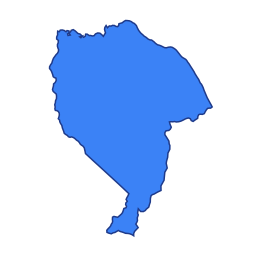 Trairi, Ceará, Brazil, rotated 4°
{"feature_id": "56859067B38979206613098", "entity_name": "Trairi", "entity_type": "district", "adm_level": 2, "iso_a3": "BRA", "parent_name": "Brazil", "parent_adm1": "Ceará", "projection": "robinson", "projection_center": [-39.362, -3.377], "detail": "fine", "context": "isolated", "style": "filled", "palette": "blue", "viewbox_px": 256, "rotation_deg": 4, "n_neighbors": 0, "source": "geoboundaries", "source_scale": "gbopen_adm2", "svg_char_len": 3597}
<svg xmlns="http://www.w3.org/2000/svg" viewBox="0 0 256 256"><g transform="rotate(4 128 128)"><path d="M75.9,39.5L73.8,37.7L71.3,37.1L69.9,35.9L68.5,34.8L66.5,33.7L64.6,34.5L64.0,36.0L62.5,37.3L62.3,35.3L60.4,35.1L59.4,36.3L57.6,35.2L55.6,34.8L53.6,35.1L52.8,36.7L51.1,36.3L51.1,38.1L51.3,39.9L50.5,42.2L50.6,44.2L52.4,45.5L52.4,48.1L51.8,49.5L51.9,51.4L52.6,53.3L53.3,54.7L53.2,56.6L52.4,58.4L51.1,59.9L50.0,61.7L48.8,63.6L48.0,66.1L47.5,68.5L46.4,70.3L45.5,72.4L45.6,74.2L47.0,75.7L47.8,77.0L48.4,78.3L49.1,79.9L49.8,82.0L51.1,82.9L52.6,83.2L53.1,85.4L52.2,87.7L50.7,89.2L50.7,91.2L50.4,92.8L50.0,94.9L50.8,96.7L52.4,97.9L54.1,99.2L54.5,101.2L54.6,103.7L53.8,105.9L53.8,107.7L53.3,109.9L53.9,112.2L53.7,114.0L54.3,115.5L56.0,115.7L57.3,116.4L58.3,117.8L58.6,119.8L58.3,121.8L57.8,123.6L59.2,124.9L59.5,126.5L60.5,128.3L61.8,130.0L62.6,132.7L63.9,135.4L64.8,137.8L66.5,138.9L68.1,139.7L69.2,140.9L70.8,141.3L72.3,140.8L73.8,141.2L75.1,141.8L76.2,142.6L77.5,143.7L79.2,144.6L80.4,145.8L81.6,147.5L82.7,148.3L84.2,149.1L85.7,150.7L86.7,153.9L87.4,156.5L96.5,163.8L104.1,169.8L113.0,176.9L114.9,178.4L125.5,186.9L133.4,193.4L132.8,195.4L131.7,197.7L131.1,199.4L132.4,201.2L131.1,202.9L131.0,204.7L132.0,206.1L131.7,207.6L129.5,208.6L129.0,210.8L128.4,212.8L127.6,214.1L125.9,215.9L123.9,217.8L122.1,217.5L120.1,217.2L118.8,218.0L118.8,220.2L119.2,222.2L118.9,223.8L118.0,225.2L117.6,226.7L116.7,228.1L115.3,229.7L114.0,231.5L114.3,233.6L116.1,234.2L118.7,234.7L120.5,233.6L122.3,233.1L124.0,231.9L125.5,230.9L127.5,231.8L129.5,232.2L131.0,232.6L132.8,233.2L135.1,233.2L136.7,233.3L138.2,233.7L139.6,234.2L141.2,235.1L141.0,232.9L141.8,230.7L143.9,228.1L145.1,226.7L143.6,224.7L142.5,223.3L143.3,221.6L143.9,219.8L143.5,217.0L144.3,214.0L143.5,212.3L143.9,207.9L146.4,210.4L149.1,210.3L151.0,209.1L151.9,207.7L154.2,205.5L154.7,203.0L155.4,200.3L155.3,197.8L155.3,196.3L155.8,193.8L157.1,192.7L158.6,192.1L161.9,189.9L165.3,188.0L164.9,183.4L167.6,177.6L167.7,173.6L167.8,169.6L169.9,165.2L168.6,160.6L168.8,158.2L169.6,154.5L169.6,150.2L171.2,146.3L171.0,142.5L170.2,141.0L169.7,138.2L166.7,134.0L165.3,132.2L165.1,130.0L166.2,128.1L168.9,127.6L170.3,126.2L171.1,124.2L169.6,121.2L168.9,119.0L170.4,118.7L172.2,118.7L173.8,118.3L175.8,118.6L178.2,118.2L180.2,117.5L182.4,116.3L184.8,114.8L186.5,114.1L187.8,113.8L189.5,114.4L190.6,116.2L192.5,116.9L194.5,115.2L196.8,113.5L196.9,111.5L197.6,109.8L198.9,109.2L201.3,109.2L203.1,108.3L203.8,106.6L204.7,104.8L206.0,102.9L207.5,102.5L209.1,102.4L210.5,101.1L209.3,99.1L208.5,97.9L204.9,92.3L201.2,85.0L200.2,82.6L199.2,80.8L198.2,79.2L197.0,78.1L196.3,76.9L195.1,74.6L193.6,72.7L192.1,70.6L191.0,69.1L190.1,67.5L188.6,65.4L185.6,61.4L184.4,59.7L183.1,58.3L182.0,56.7L180.8,55.5L179.2,54.7L177.2,53.7L175.5,52.2L173.9,50.4L171.9,48.2L170.8,47.0L169.3,45.9L167.7,45.0L166.4,44.4L164.8,44.2L162.6,44.6L160.7,45.3L159.0,45.3L157.7,44.8L155.3,43.8L153.7,43.3L151.6,42.9L149.5,41.6L147.9,40.2L145.4,38.6L143.9,38.6L142.1,38.0L139.6,36.2L137.8,35.3L136.4,34.1L134.1,32.4L132.9,31.1L131.7,29.7L130.3,27.4L129.2,25.2L127.1,23.3L125.3,22.6L124.0,21.7L122.0,21.0L120.2,20.9L118.1,20.9L116.6,21.9L114.8,23.5L111.7,24.6L111.5,26.4L110.6,27.6L108.8,27.5L107.4,26.7L105.4,26.7L104.1,27.5L102.2,27.5L100.5,29.4L99.0,27.3L97.9,29.3L97.7,31.1L98.3,33.1L98.9,34.7L98.0,36.3L97.0,38.3L95.4,36.8L93.4,35.4L91.2,35.3L89.0,36.4L87.7,38.3L85.9,38.7L84.3,38.3L82.9,38.5L80.7,37.2L79.2,37.3L79.0,39.3L77.4,40.6L75.9,39.5ZM62.5,37.3L63.9,39.3L61.7,39.9L61.1,38.2L62.5,37.3ZM75.9,39.5L74.7,41.2L73.5,40.4L75.9,39.5Z" fill="#3b82f6" stroke="#1e3a8a" stroke-width="1.5"/></g></svg>